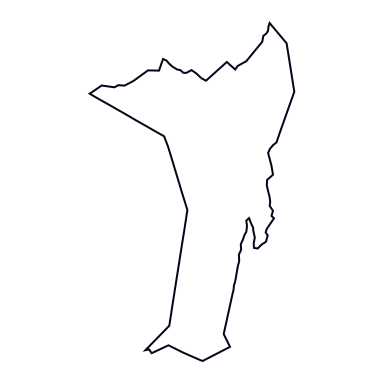 outline of Vitória de Santo Antão, Pernambuco, Brazil
{"feature_id": "56859067B48091905918616", "entity_name": "Vitória de Santo Antão", "entity_type": "district", "adm_level": 2, "iso_a3": "BRA", "parent_name": "Brazil", "parent_adm1": "Pernambuco", "projection": "equal_earth", "projection_center": [-35.284, -8.165], "detail": "fine", "context": "isolated", "style": "outline", "palette": "ink", "viewbox_px": 384, "rotation_deg": 0, "n_neighbors": 0, "source": "geoboundaries", "source_scale": "gbopen_adm2", "svg_char_len": 1443}
<svg xmlns="http://www.w3.org/2000/svg" viewBox="0 0 384 384"><path d="M274.0,218.3L271.5,215.9L273.0,210.9L269.7,205.9L270.2,201.8L269.6,196.9L268.1,191.1L266.8,185.4L267.1,179.9L270.2,177.2L273.0,174.7L271.5,165.9L269.1,156.6L268.1,152.9L269.9,148.9L273.0,145.2L276.5,142.4L278.0,138.0L280.4,131.0L294.3,91.8L293.0,83.7L289.5,61.4L286.6,43.3L269.6,23.0L268.4,26.9L268.1,30.7L266.2,33.7L263.3,35.9L262.3,41.7L246.3,61.2L237.6,66.0L235.2,69.5L226.8,62.0L206.0,80.7L201.4,78.2L198.2,75.2L196.0,73.2L191.5,70.1L186.4,72.9L183.4,72.8L180.3,70.1L177.1,69.5L172.4,66.6L168.9,63.4L166.7,60.7L163.1,59.0L161.8,62.5L159.0,70.6L147.9,70.4L144.1,73.2L133.5,80.9L124.6,85.6L118.4,85.2L114.4,87.3L101.7,85.5L89.7,93.7L96.3,97.6L119.4,110.7L126.9,115.0L135.6,120.1L146.0,126.0L148.3,127.3L154.4,130.8L164.1,136.3L168.0,146.5L171.9,159.2L179.4,184.0L181.6,191.5L187.4,210.0L183.9,232.7L181.7,246.3L172.3,306.1L169.3,325.7L145.4,350.2L149.2,349.5L151.6,353.2L168.5,345.3L182.7,352.4L200.0,360.0L202.6,361.0L210.1,357.1L230.0,346.9L223.7,334.0L232.7,293.2L233.6,289.7L233.9,285.7L235.0,282.1L236.0,277.0L237.1,270.3L238.0,265.5L239.2,261.4L238.9,254.5L241.1,249.9L240.8,244.1L242.8,239.9L244.5,234.9L246.3,231.7L247.0,226.2L246.3,220.7L249.0,218.1L250.9,223.0L253.0,227.5L253.5,231.7L254.8,237.6L253.7,243.2L254.0,247.9L257.6,248.5L261.7,244.5L266.0,241.7L267.7,235.4L265.6,232.3L266.9,228.7L274.0,218.3Z" fill="none" stroke="#020617" stroke-width="2"/></svg>